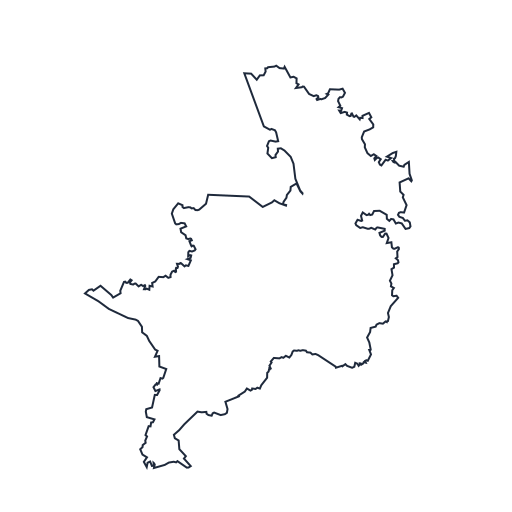 Ērgļu pag., Erglu, Latvia (Albers equal-area conic projection), rotated 250°
{"feature_id": "27541924B50844448194211", "entity_name": "Ērgļu pag.", "entity_type": "district", "adm_level": 2, "iso_a3": "LVA", "parent_name": "Latvia", "parent_adm1": "Erglu", "projection": "albers", "projection_center": [25.617, 56.923], "detail": "fine", "context": "isolated", "style": "outline", "palette": "slate", "viewbox_px": 512, "rotation_deg": 250, "n_neighbors": 0, "source": "geoboundaries", "source_scale": "gbopen_adm2", "svg_char_len": 6092}
<svg xmlns="http://www.w3.org/2000/svg" viewBox="0 0 512 512"><g transform="rotate(250 256 256)"><path d="M168.1,375.3L170.6,374.5L171.2,371.3L172.6,370.4L177.2,372.3L178.8,374.6L181.3,372.4L183.8,373.8L187.0,373.4L191.2,377.7L197.3,378.8L197.9,381.7L201.1,382.8L200.7,386.6L201.3,387.7L203.5,388.0L206.0,386.6L206.6,388.6L211.9,390.2L213.6,392.6L215.0,393.0L215.7,392.4L215.4,388.6L215.9,387.6L217.7,386.7L222.6,387.9L223.4,383.3L227.6,386.7L232.4,386.3L232.9,385.1L230.5,381.7L231.0,380.5L232.9,379.7L235.5,379.9L235.8,385.6L237.5,386.2L241.3,380.0L241.3,379.0L240.1,377.1L243.1,373.9L242.9,371.9L243.3,370.4L246.5,366.2L246.7,363.5L250.7,360.7L252.6,360.6L255.3,363.8L252.9,366.9L253.0,367.9L257.8,368.4L260.4,371.2L256.6,373.9L256.4,375.6L257.0,376.7L255.4,377.3L255.2,379.4L257.9,382.3L256.2,387.7L250.0,392.9L246.2,391.7L243.4,393.3L244.6,395.6L243.4,397.7L238.7,398.5L238.7,401.3L236.8,404.1L230.3,405.8L229.8,409.6L231.0,411.3L235.0,412.0L237.7,410.5L238.2,408.0L241.5,407.0L243.8,404.1L246.1,403.5L247.7,405.1L247.7,406.9L246.2,410.0L252.3,414.9L260.9,414.0L263.0,415.6L267.2,413.6L276.0,416.1L276.8,425.9L273.1,427.5L273.8,428.3L280.7,428.4L292.1,431.8L290.9,426.6L289.4,425.3L291.9,421.4L296.4,419.4L296.2,418.5L297.3,417.3L298.4,417.0L297.8,418.6L300.2,418.8L300.5,420.2L302.1,421.6L305.9,423.5L306.0,419.7L304.6,413.0L301.8,416.4L300.6,412.6L302.1,410.7L298.2,404.8L299.5,403.7L302.2,403.5L304.3,406.3L306.8,404.5L306.7,402.8L305.6,400.5L307.3,400.6L308.8,403.3L311.3,401.5L310.7,398.1L314.5,395.9L320.9,395.4L323.7,396.6L329.6,395.5L331.4,396.0L336.0,400.2L336.1,406.1L336.8,410.1L339.5,411.2L346.0,409.3L346.9,411.8L351.8,411.1L351.3,404.0L349.2,403.3L350.2,401.2L348.9,400.2L353.8,398.3L353.1,396.0L353.6,395.3L357.2,394.9L357.2,394.3L355.2,392.8L355.4,391.8L357.8,389.7L359.6,390.6L361.1,388.6L361.3,384.5L364.2,383.9L363.4,385.7L365.5,387.4L367.6,384.5L368.4,386.6L373.5,386.1L375.5,387.3L376.5,389.2L375.8,390.5L376.0,392.2L378.9,395.4L383.6,394.6L383.9,391.0L387.4,382.5L384.2,379.4L384.1,378.0L382.9,379.1L380.8,375.0L380.9,371.0L381.6,370.1L381.7,366.8L382.8,366.6L383.8,368.9L385.1,369.0L386.4,367.7L386.5,364.9L390.1,361.3L398.7,359.0L399.3,357.8L398.9,356.8L400.2,351.0L402.7,354.7L404.5,353.1L409.0,354.9L411.6,352.6L412.0,349.4L424.0,347.6L422.6,346.3L424.5,342.4L427.9,340.1L427.7,338.1L429.3,331.9L428.6,330.8L429.1,328.9L426.0,328.1L423.2,325.0L424.4,321.4L421.4,317.0L429.0,313.8L431.7,307.5L375.1,307.7L369.9,312.3L370.1,314.0L367.7,316.8L365.3,317.2L356.3,316.1L356.8,313.5L359.5,309.2L359.4,307.4L355.6,304.0L353.5,304.5L348.4,301.8L342.5,304.4L342.1,308.3L344.3,308.9L346.6,312.4L349.4,313.2L348.7,316.2L345.4,318.8L337.3,322.5L329.9,322.8L315.1,319.4L302.5,319.9L299.1,321.2L298.8,321.0L301.6,319.8L310.3,318.9L309.1,312.3L305.7,310.7L302.8,305.9L300.3,304.5L297.6,300.6L295.4,298.9L293.6,301.7L293.1,301.4L297.6,296.0L302.1,292.3L300.9,289.3L299.8,279.1L314.2,269.9L329.9,232.0L322.2,226.9L319.0,218.5L319.0,216.9L319.9,214.8L322.3,213.8L322.8,211.7L324.1,211.0L325.0,209.2L325.7,204.6L327.2,203.7L328.9,204.3L332.1,200.9L328.2,194.3L324.6,191.4L314.3,191.2L313.0,191.9L312.4,194.4L312.8,196.8L311.1,200.1L307.7,200.5L307.5,194.4L303.9,193.8L299.6,196.9L296.4,196.5L295.1,198.1L294.9,200.3L294.3,200.9L292.7,201.0L292.7,198.5L288.2,198.6L287.1,198.8L287.4,200.3L286.9,201.0L283.0,201.5L282.2,200.3L282.1,197.4L283.6,195.2L282.7,193.7L279.0,192.2L279.4,194.3L278.7,195.3L276.6,193.9L276.5,190.5L274.2,193.3L269.8,189.1L271.2,186.9L270.7,185.3L274.9,183.1L275.3,182.5L274.7,181.6L275.7,179.1L272.6,179.0L271.6,178.1L272.2,176.9L271.8,176.5L268.6,175.5L268.5,174.7L270.2,174.0L270.0,171.8L267.6,169.2L265.4,168.5L265.5,166.1L268.4,164.3L267.8,161.7L269.7,157.4L266.5,152.6L266.2,149.2L262.7,148.4L264.4,145.8L260.8,144.2L262.8,142.0L262.5,140.9L263.1,139.4L265.7,141.7L266.6,141.6L266.4,139.6L268.2,138.2L267.6,135.3L271.3,133.5L271.6,132.5L271.2,130.8L272.7,128.4L274.3,128.5L275.7,130.8L276.9,129.9L274.7,126.3L275.1,124.9L276.6,124.4L276.8,123.1L269.8,116.6L267.3,116.0L265.8,107.5L268.8,106.7L281.2,99.7L279.0,91.4L280.8,90.5L281.3,87.4L279.3,82.5L267.3,92.5L256.5,99.7L241.5,114.5L237.4,121.1L235.4,122.9L228.5,124.6L223.2,122.9L218.3,126.1L212.7,126.6L202.6,129.2L200.6,131.1L195.9,126.6L195.1,130.7L185.2,127.4L180.5,133.0L173.2,127.2L172.8,126.1L173.9,124.5L169.3,120.8L170.3,119.4L169.0,118.9L169.7,117.8L167.8,114.8L163.5,115.3L163.6,119.7L162.8,119.5L159.2,115.5L160.1,113.4L149.2,106.5L149.6,100.5L147.4,99.2L141.9,98.3L137.2,104.7L135.0,102.3L135.4,100.5L132.0,98.6L132.8,96.9L125.5,90.9L123.7,91.9L120.4,88.8L118.2,88.4L117.1,84.9L115.2,84.0L114.0,81.1L108.2,81.4L104.1,84.7L100.9,80.2L95.0,81.1L98.8,83.4L99.1,86.2L94.3,86.4L94.0,88.3L96.6,89.0L96.0,89.3L94.7,89.5L91.7,87.6L90.9,98.8L91.7,103.5L90.8,108.3L89.4,110.4L90.1,112.0L80.8,118.6L80.3,120.3L80.9,122.8L90.3,119.0L91.9,121.6L100.7,117.9L109.1,120.2L112.5,117.4L116.1,117.7L118.6,124.2L122.4,131.1L129.8,147.8L127.7,151.5L126.5,156.0L124.7,155.6L122.8,156.9L121.1,159.7L123.0,161.5L123.2,163.1L118.6,168.4L118.0,172.7L118.6,175.0L121.9,176.9L129.5,177.4L130.0,191.9L130.8,191.8L132.4,199.1L134.6,202.1L131.4,204.8L131.7,206.4L132.8,207.1L131.2,210.1L131.8,212.2L130.1,214.3L132.8,216.8L137.8,224.8L142.4,226.6L143.1,228.3L144.9,229.4L144.8,230.1L145.9,230.2L145.5,231.3L148.3,231.1L150.6,234.2L151.8,233.8L154.1,237.9L151.8,243.0L152.2,245.4L151.0,246.9L152.0,249.9L149.2,252.6L150.9,255.4L153.7,257.8L154.2,259.4L152.9,262.1L152.9,263.6L151.8,265.2L151.5,267.8L150.0,270.5L148.1,271.0L146.6,274.1L144.2,275.3L143.6,278.4L141.6,280.5L124.8,293.0L123.7,292.9L123.4,299.3L122.8,299.5L123.8,303.0L121.6,304.0L118.1,308.1L118.3,310.5L121.7,312.7L120.0,314.5L117.7,314.9L118.7,316.8L119.6,316.9L119.2,317.7L117.9,317.8L118.3,319.8L119.4,320.9L118.2,322.7L120.1,322.6L120.3,324.1L119.3,325.2L124.2,330.4L128.9,330.3L128.5,331.4L128.9,331.8L136.0,332.9L141.4,332.5L145.5,337.2L149.2,339.1L148.7,344.3L150.3,345.8L150.7,349.0L149.0,352.1L150.2,355.4L149.2,356.3L149.8,356.7L149.7,357.7L153.2,360.0L157.3,360.5L162.8,365.5L168.1,375.3Z" fill="none" stroke="#1e293b" stroke-width="2"/></g></svg>